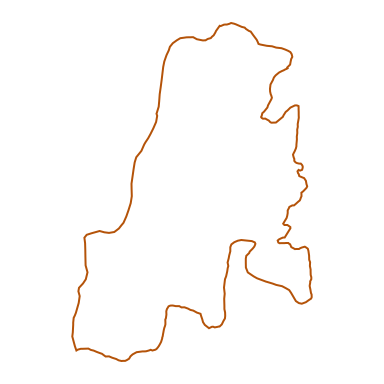 Sumusta, Bani Suwayf, Egypt
{"feature_id": "37247803B50724482845491", "entity_name": "Sumusta", "entity_type": "district", "adm_level": 2, "iso_a3": "EGY", "parent_name": "Egypt", "parent_adm1": "Bani Suwayf", "projection": "equal_earth", "projection_center": [30.871, 28.951], "detail": "fine", "context": "isolated", "style": "outline", "palette": "amber", "viewbox_px": 384, "rotation_deg": 0, "n_neighbors": 0, "source": "geoboundaries", "source_scale": "gbopen_adm2", "svg_char_len": 5004}
<svg xmlns="http://www.w3.org/2000/svg" viewBox="0 0 384 384"><path d="M219.7,25.8L216.0,31.0L215.4,32.4L213.7,35.3L212.0,36.7L210.8,38.1L207.9,38.9L206.5,39.7L205.6,40.3L203.3,40.4L202.7,40.4L199.7,39.8L196.8,39.2L193.2,37.2L187.5,37.3L186.7,37.3L184.0,37.7L180.3,38.2L176.8,40.3L172.8,43.2L169.9,46.8L168.8,50.3L166.5,55.2L164.3,61.5L163.2,67.0L162.7,71.2L161.7,79.6L160.7,87.2L159.7,94.2L159.2,101.1L158.7,106.7L156.8,112.9L156.5,113.7L157.2,115.8L156.1,122.0L153.3,128.4L150.5,134.0L148.2,138.2L145.4,142.4L144.2,144.5L141.4,150.9L139.7,153.0L136.3,157.2L135.9,158.4L134.8,162.0L134.6,162.8L134.5,163.5L133.6,169.1L132.5,176.8L131.5,183.7L131.6,189.3L131.8,196.2L130.7,203.2L128.5,210.2L126.3,216.5L123.5,222.8L121.4,225.3L118.9,228.5L114.3,232.0L109.0,232.9L104.3,232.3L99.6,231.0L97.5,231.6L91.4,233.3L86.7,234.8L84.4,237.7L85.1,243.2L85.3,250.1L85.4,256.4L85.6,265.4L87.5,272.3L85.8,279.3L83.0,283.5L79.0,287.8L78.4,291.3L79.7,296.1L78.7,303.0L75.9,312.8L74.8,315.6L73.7,317.8L73.2,322.6L73.2,324.7L72.8,332.4L72.3,336.5L73.6,341.4L74.9,346.2L76.4,350.5L77.9,349.6L80.8,348.8L82.5,348.8L85.5,348.7L88.4,348.6L90.8,349.9L93.7,350.6L96.7,351.9L100.2,353.2L102.0,353.8L103.8,355.2L105.6,356.5L108.4,356.4L109.1,356.4L112.1,357.7L116.2,359.0L118.6,360.3L121.5,361.0L122.7,360.9L125.1,360.9L126.8,360.1L129.1,358.7L130.3,356.6L130.7,356.1L132.6,354.4L136.6,352.2L142.5,351.4L144.2,351.4L146.0,351.3L148.9,350.5L150.7,349.8L152.4,350.5L155.4,349.7L156.5,349.0L157.7,347.6L158.8,346.1L160.0,344.0L161.1,341.9L162.2,338.4L162.2,337.7L162.7,336.3L163.0,334.3L163.3,332.8L163.8,330.0L164.3,327.9L165.0,326.0L165.4,324.4L165.4,322.2L165.3,319.6L165.9,318.2L166.4,314.7L166.3,311.2L166.9,309.1L168.6,306.3L170.3,305.6L172.7,305.5L175.6,306.1L179.2,306.1L181.5,307.4L184.5,307.3L188.0,308.6L190.4,309.9L193.3,310.6L196.9,312.6L198.7,313.2L200.5,313.8L201.1,315.9L202.3,319.4L203.0,322.1L204.8,324.9L209.0,328.2L211.9,326.8L213.0,326.7L214.8,327.4L217.8,326.8L218.8,326.5L219.6,326.5L221.8,324.4L223.5,320.9L224.5,319.2L224.9,318.6L225.2,316.0L225.1,312.5L224.4,309.1L224.4,305.6L224.2,298.7L224.7,293.8L224.0,287.6L224.5,283.4L225.0,279.2L226.1,276.4L227.2,271.5L227.7,268.1L228.3,266.0L227.6,262.5L228.7,258.3L229.2,255.5L230.3,251.3L230.3,247.2L231.1,245.1L231.4,244.4L234.3,242.2L237.8,240.7L241.3,240.0L246.0,240.5L251.9,241.1L254.8,242.4L255.4,243.8L255.0,245.0L254.3,246.6L252.6,248.7L249.7,251.6L249.2,253.0L246.3,255.8L245.8,258.6L245.8,262.8L245.9,267.6L247.8,272.4L253.7,276.4L256.7,278.1L257.3,278.4L266.2,281.7L267.0,281.9L272.7,283.6L276.2,284.9L282.1,286.2L285.7,288.1L289.2,290.1L291.1,292.9L293.5,297.0L293.9,297.7L295.9,301.1L298.9,303.1L301.8,303.7L305.9,302.2L308.8,300.1L311.1,298.6L311.7,297.2L311.6,294.5L311.0,293.1L310.4,289.6L309.7,286.2L309.7,285.5L310.2,282.7L310.2,281.3L311.3,279.2L311.3,277.1L310.7,275.0L310.6,271.6L310.6,269.5L309.9,266.0L310.1,262.2L309.2,259.8L309.1,255.7L308.4,250.8L307.8,248.7L306.0,247.4L304.8,246.7L301.9,247.5L300.2,248.2L299.0,249.0L296.1,249.0L294.9,249.1L293.7,248.4L291.3,247.1L290.1,244.3L288.9,243.6L288.3,243.0L286.0,243.0L284.8,243.1L282.4,243.1L279.5,243.2L278.3,242.5L277.7,240.5L279.1,239.3L281.2,238.3L282.9,237.6L284.7,237.5L290.4,228.3L290.3,227.0L287.4,225.0L286.8,225.0L285.0,225.0L284.4,225.0L283.2,223.7L284.4,221.6L286.6,218.0L287.2,215.9L287.7,213.1L287.7,211.8L287.7,210.4L288.8,208.3L289.4,206.9L292.3,205.4L294.0,205.4L295.8,203.9L298.1,201.8L299.8,200.4L300.4,199.0L300.8,197.8L301.5,196.2L301.4,192.7L303.2,191.3L306.0,188.4L306.6,187.7L307.2,186.3L306.5,184.2L305.9,180.8L304.1,178.1L302.3,177.4L299.3,176.1L298.7,174.0L298.1,173.3L297.5,171.3L298.6,169.9L299.8,170.5L300.4,170.5L302.1,169.8L302.7,167.7L302.7,166.3L302.0,164.9L300.8,163.6L299.1,163.6L296.7,163.0L295.5,162.3L294.3,160.9L294.3,159.6L294.3,158.9L293.7,157.5L293.0,154.7L293.6,153.3L294.7,151.2L295.9,148.4L296.4,146.3L296.4,144.9L296.9,139.4L296.8,136.6L297.3,133.1L297.2,129.6L297.8,126.9L297.7,124.1L298.4,120.1L298.8,117.8L298.7,115.0L298.7,112.3L298.6,109.5L298.6,106.7L298.5,106.0L296.8,105.4L295.0,105.4L293.9,105.9L293.3,106.2L290.4,107.6L287.5,110.5L285.7,111.9L283.5,115.4L282.9,116.8L281.2,118.2L277.7,121.1L276.0,122.5L274.8,122.6L274.2,122.6L271.3,122.7L270.1,122.0L268.9,120.6L266.5,119.3L265.3,118.6L263.0,118.7L261.8,118.0L261.2,117.3L261.2,116.7L261.7,115.9L262.3,113.2L264.0,111.7L265.7,109.6L267.4,107.5L268.0,105.4L271.4,99.1L271.9,97.7L271.3,95.6L270.7,94.2L270.1,91.5L270.0,88.7L270.5,84.5L272.5,80.8L272.8,80.3L273.9,77.5L275.6,75.4L277.4,73.9L279.1,72.5L282.0,71.0L283.7,70.3L284.9,69.6L285.5,69.3L286.7,68.8L287.6,68.3L287.2,67.5L290.1,64.6L290.6,61.8L291.2,59.0L292.3,56.9L291.7,54.2L290.4,52.1L288.1,50.8L285.1,49.5L281.5,48.2L276.2,47.6L272.1,46.3L266.8,45.8L263.3,45.1L260.3,44.5L258.5,43.9L257.8,42.1L256.7,39.8L253.1,35.0L250.7,31.6L248.9,30.9L245.9,28.9L244.7,27.6L241.8,26.9L238.8,25.6L235.8,24.3L234.1,23.7L231.1,23.0L229.4,23.8L227.0,24.5L224.1,24.6L220.6,26.1L219.7,25.8Z" fill="none" stroke="#b45309" stroke-width="2"/></svg>